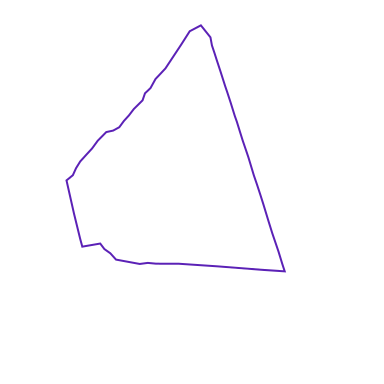 the district of Monteirópolis, Alagoas, Brazil, rotated 138°
{"feature_id": "56859067B73934188200413", "entity_name": "Monteirópolis", "entity_type": "district", "adm_level": 2, "iso_a3": "BRA", "parent_name": "Brazil", "parent_adm1": "Alagoas", "projection": "robinson", "projection_center": [-37.302, -9.591], "detail": "fine", "context": "isolated", "style": "outline", "palette": "violet", "viewbox_px": 384, "rotation_deg": 138, "n_neighbors": 0, "source": "geoboundaries", "source_scale": "gbopen_adm2", "svg_char_len": 872}
<svg xmlns="http://www.w3.org/2000/svg" viewBox="0 0 384 384"><g transform="rotate(138 192 192)"><path d="M266.6,162.7L249.7,147.4L222.8,119.7L190.8,86.0L176.2,71.0L173.1,78.0L167.6,89.8L163.6,99.1L160.0,107.5L154.4,119.7L147.1,135.3L143.2,143.9L138.6,154.3L134.9,163.0L130.0,173.4L126.9,180.0L124.3,186.0L119.9,196.3L116.0,204.8L111.7,214.1L109.3,219.9L103.5,232.5L99.2,242.2L96.5,248.5L90.0,262.9L85.2,273.8L82.4,280.0L79.1,287.6L74.8,294.6L73.9,309.9L86.1,313.0L101.3,308.8L129.1,301.6L143.5,300.4L153.3,297.0L160.9,296.8L167.4,293.2L179.7,292.6L187.7,291.1L194.9,290.4L202.7,288.8L209.5,290.4L215.6,293.9L227.7,293.2L237.2,291.2L245.8,290.4L254.6,289.5L262.2,287.3L269.3,284.2L277.5,284.6L294.1,255.0L306.4,232.1L310.1,224.8L294.7,215.1L295.3,208.2L293.7,201.1L293.7,192.6L279.0,173.5L272.3,168.9L266.6,162.7Z" fill="none" stroke="#5b21b6" stroke-width="2"/></g></svg>